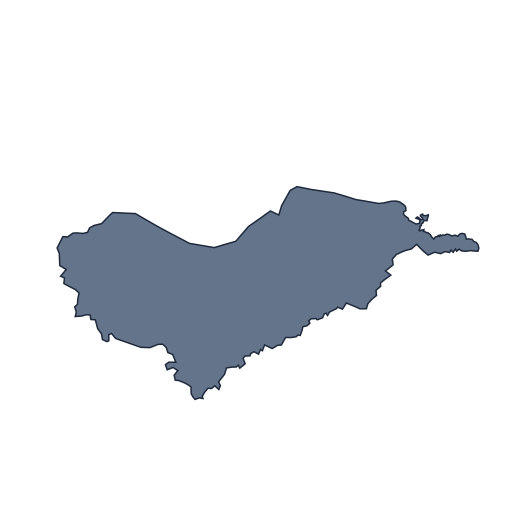 outline of Foya, Lofa, Liberia, rotated 230°
{"feature_id": "62588387B94896309973685", "entity_name": "Foya", "entity_type": "district", "adm_level": 2, "iso_a3": "LBR", "parent_name": "Liberia", "parent_adm1": "Lofa", "projection": "orthographic", "projection_center": [-10.242, 8.34], "detail": "fine", "context": "isolated", "style": "filled", "palette": "slate", "viewbox_px": 512, "rotation_deg": 230, "n_neighbors": 0, "source": "geoboundaries", "source_scale": "gbopen_adm2", "svg_char_len": 3742}
<svg xmlns="http://www.w3.org/2000/svg" viewBox="0 0 512 512"><g transform="rotate(230 256 256)"><path d="M117.0,429.1L118.8,431.8L122.2,433.4L125.1,433.4L126.9,432.2L129.9,432.2L131.4,430.7L132.6,429.7L133.7,428.0L136.6,429.4L138.6,430.1L140.9,428.4L141.9,426.0L141.8,425.8L141.3,423.5L143.3,422.3L144.2,421.7L145.3,418.9L148.0,417.9L150.1,416.3L150.7,413.8L152.1,412.6L152.5,410.8L153.8,410.7L153.1,409.1L154.6,408.8L154.3,407.6L155.3,405.7L154.7,403.2L156.2,402.9L157.0,402.8L160.5,403.3L163.5,402.6L164.4,401.5L166.3,401.0L167.3,400.0L168.3,401.6L169.5,399.4L170.1,397.4L170.9,397.3L172.1,400.0L173.5,400.6L173.0,402.3L174.4,403.5L174.0,405.0L175.0,407.1L174.3,408.7L173.1,409.6L175.0,412.1L176.0,414.0L176.9,414.4L177.0,414.0L177.6,412.3L179.5,410.0L181.0,410.6L181.7,408.4L180.9,407.6L178.4,407.9L176.8,407.5L177.9,405.6L180.2,405.4L182.2,404.7L182.2,402.8L178.9,404.6L177.7,404.5L176.0,402.0L177.6,399.2L180.5,397.9L181.9,397.5L184.4,396.3L185.0,396.0L187.0,396.9L191.2,395.9L193.2,395.9L194.9,397.5L194.4,400.0L196.7,401.7L197.3,402.0L198.3,402.4L200.8,402.0L204.9,400.9L208.0,398.7L208.6,397.9L210.7,395.3L210.9,395.0L212.4,392.2L214.8,387.5L217.4,383.8L217.5,383.6L219.7,381.8L229.0,374.0L235.0,368.8L240.4,365.4L254.0,356.5L256.6,354.2L264.1,347.6L272.2,340.4L273.7,339.3L278.3,335.6L282.8,332.0L284.3,324.3L278.8,309.9L278.2,308.2L275.1,303.4L272.8,299.8L281.2,296.0L281.8,289.1L281.9,286.9L282.4,281.1L283.3,270.6L283.4,269.2L282.2,261.7L280.3,250.1L280.7,248.9L281.3,247.6L285.1,239.1L287.4,233.7L289.1,229.9L289.3,229.4L300.7,219.7L306.5,214.8L307.7,213.7L308.3,213.2L318.4,209.1L328.8,204.8L340.9,200.0L342.5,199.4L360.3,192.9L361.1,192.6L366.0,190.9L375.1,181.0L381.4,174.2L381.4,171.3L380.8,165.4L380.0,158.6L383.5,151.6L384.5,146.6L382.4,142.1L384.5,138.0L389.1,133.3L391.2,130.4L391.7,124.0L395.0,120.5L390.0,108.8L384.3,106.9L374.8,99.5L368.5,101.7L367.7,101.9L366.1,93.3L362.3,95.2L358.4,91.1L352.0,93.7L346.5,96.0L341.4,96.7L337.4,91.6L335.2,89.6L333.7,88.1L333.5,84.4L328.8,82.5L325.8,78.6L321.9,84.2L320.0,88.4L317.4,91.0L314.8,89.4L313.5,88.7L310.4,91.9L302.1,88.0L300.9,87.9L295.8,87.6L290.7,84.7L286.3,86.7L285.6,88.7L290.4,92.7L289.5,95.5L283.0,95.5L277.4,98.8L271.0,102.6L260.2,109.0L254.0,115.8L251.2,124.3L248.3,127.9L243.5,128.4L238.7,126.4L234.1,128.9L230.2,127.6L226.1,126.3L230.7,121.0L231.0,116.8L225.9,114.8L223.9,120.8L218.5,122.5L217.3,116.7L212.8,114.3L210.5,116.5L210.2,116.8L205.1,119.5L201.5,121.0L197.5,122.1L194.0,119.2L191.9,117.7L188.1,117.1L185.3,117.1L183.9,121.2L180.9,123.8L183.0,124.6L184.7,129.2L185.5,134.2L184.6,135.2L183.0,136.9L183.0,141.0L177.6,141.7L179.6,145.4L183.6,146.4L184.5,150.5L185.6,155.9L187.6,159.0L189.2,161.4L186.4,166.1L183.6,169.6L183.8,172.2L180.5,171.5L180.4,178.4L185.9,180.4L186.5,183.2L183.4,187.2L184.0,188.2L184.6,189.1L184.0,192.9L179.2,194.9L181.5,199.4L179.3,200.0L182.3,205.4L174.7,208.9L173.7,215.2L171.5,218.2L173.7,224.0L174.6,226.2L173.2,227.9L171.3,230.0L168.4,234.7L168.4,237.5L166.7,238.8L169.4,243.5L171.7,246.4L169.8,250.2L169.9,254.1L172.5,254.8L172.4,256.4L172.4,257.9L169.6,261.6L167.8,261.9L165.8,267.3L167.8,271.0L167.2,272.9L164.5,272.6L165.8,276.2L164.0,283.8L164.3,285.7L159.7,288.0L159.9,288.8L161.9,295.0L154.1,299.1L148.7,301.7L144.6,306.7L147.6,311.1L148.0,314.0L148.4,317.2L148.3,322.9L152.6,325.9L152.6,332.0L155.3,333.9L155.2,340.2L155.0,342.0L154.7,347.0L161.3,345.5L161.1,355.3L166.0,358.5L166.9,364.5L165.5,369.9L164.1,374.1L161.5,379.6L161.7,386.6L160.8,386.6L152.1,387.3L146.1,388.4L144.3,394.4L144.1,395.2L139.1,399.0L137.8,403.8L134.3,406.5L135.2,409.2L132.1,409.4L133.1,413.2L130.7,412.8L130.7,416.0L128.0,416.6L124.8,419.6L122.1,424.0L120.3,425.6L117.0,429.1Z" fill="#64748b" stroke="#1e293b" stroke-width="1.5"/></g></svg>